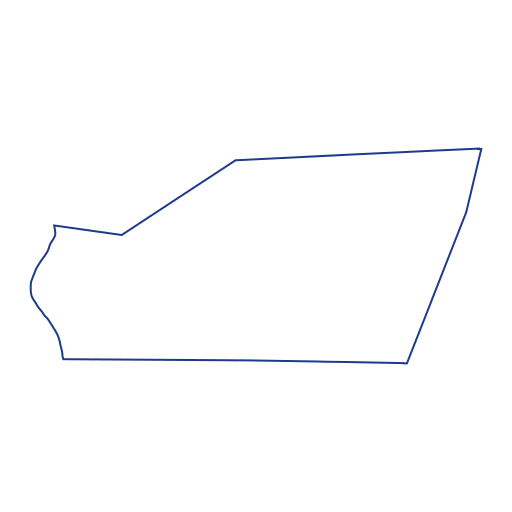 outline of General Belgrano, La Rioja, Argentina
{"feature_id": "61730980B43723065760012", "entity_name": "General Belgrano", "entity_type": "district", "adm_level": 2, "iso_a3": "ARG", "parent_name": "Argentina", "parent_adm1": "La Rioja", "projection": "albers", "projection_center": [-66.207, -30.562], "detail": "fine", "context": "isolated", "style": "outline", "palette": "blue", "viewbox_px": 512, "rotation_deg": 0, "n_neighbors": 0, "source": "geoboundaries", "source_scale": "gbopen_adm2", "svg_char_len": 1109}
<svg xmlns="http://www.w3.org/2000/svg" viewBox="0 0 512 512"><path d="M406.9,363.4L428.3,309.0L432.1,299.2L466.2,212.3L481.3,149.0L478.4,149.1L478.6,148.6L439.1,150.4L438.8,150.4L403.8,152.1L367.0,153.8L354.3,154.4L235.5,160.3L177.8,198.1L167.5,204.9L121.7,235.0L54.2,225.5L55.0,230.3L55.3,232.7L55.2,235.0L54.3,237.3L53.1,239.4L51.8,241.4L50.6,243.4L49.6,245.6L48.9,247.9L48.1,250.2L47.0,252.3L45.7,254.3L44.4,256.3L42.9,258.2L41.5,260.2L40.2,262.1L38.9,264.2L37.6,266.2L36.4,268.3L35.4,270.5L34.6,272.7L33.7,274.9L32.8,277.2L32.0,279.4L31.1,281.7L30.8,284.0L30.7,286.4L30.7,288.8L30.8,291.2L31.1,293.6L31.6,296.0L32.6,298.1L33.8,300.2L35.2,302.2L36.4,304.2L37.7,306.3L39.0,308.2L40.6,310.1L42.1,311.9L43.4,313.9L44.8,315.9L46.5,317.5L48.1,319.4L49.4,321.4L50.7,323.4L52.0,325.4L53.2,327.4L54.5,329.5L55.7,331.5L56.9,333.6L57.9,335.8L58.7,338.0L59.4,340.3L60.0,342.7L60.4,345.0L61.0,347.4L61.6,349.7L62.1,352.0L62.4,354.4L62.6,356.8L63.3,359.2L222.1,360.2L234.2,360.3L249.2,360.4L317.5,361.5L324.2,361.7L345.8,362.0L403.1,363.1L403.1,363.3L406.9,363.4Z" fill="none" stroke="#1e3a8a" stroke-width="2"/></svg>